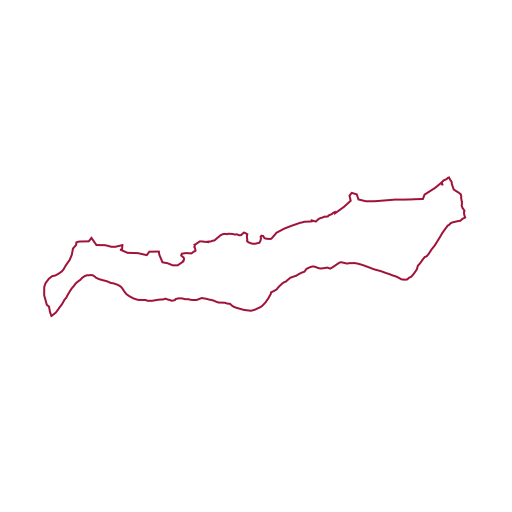 Ayat, Al Jizah, Egypt, rotated 71°
{"feature_id": "37247803B7250727301439", "entity_name": "Ayat", "entity_type": "district", "adm_level": 2, "iso_a3": "EGY", "parent_name": "Egypt", "parent_adm1": "Al Jizah", "projection": "albers", "projection_center": [31.24, 29.564], "detail": "fine", "context": "isolated", "style": "outline", "palette": "rose", "viewbox_px": 512, "rotation_deg": 71, "n_neighbors": 0, "source": "geoboundaries", "source_scale": "gbopen_adm2", "svg_char_len": 5635}
<svg xmlns="http://www.w3.org/2000/svg" viewBox="0 0 512 512"><g transform="rotate(71 256 256)"><path d="M246.1,469.0L245.9,468.2L245.4,466.7L244.2,463.5L243.0,461.8L242.3,460.7L241.7,459.9L240.7,458.6L238.7,455.5L238.3,455.0L235.4,451.7L235.1,451.5L233.6,448.9L231.7,447.0L228.0,442.6L227.8,442.2L226.7,440.9L225.7,439.1L224.9,437.8L224.8,437.6L223.2,435.4L222.2,432.8L221.4,430.0L219.9,427.1L219.8,426.7L219.2,424.2L219.2,421.9L219.8,420.5L220.1,418.8L221.0,416.7L222.4,415.6L222.8,415.3L223.4,414.9L224.1,414.6L226.3,412.5L228.5,409.5L230.7,406.1L232.1,404.3L234.1,402.2L235.5,399.6L237.7,396.8L238.6,395.7L241.3,393.6L244.4,392.6L245.5,392.4L247.3,391.9L250.1,390.8L252.4,389.1L252.7,388.9L256.2,385.7L256.9,384.8L258.0,383.3L258.7,382.3L259.2,381.6L259.9,379.7L260.8,377.1L261.5,375.2L261.6,374.9L263.1,373.0L263.3,372.5L264.6,368.5L264.6,368.4L265.0,365.9L265.4,363.4L266.0,360.7L266.9,357.8L266.8,355.7L268.2,353.9L269.4,352.1L270.9,350.2L271.2,348.3L271.2,347.8L271.2,346.9L270.5,345.8L270.9,342.8L271.0,342.3L272.3,339.2L273.8,337.1L274.0,336.5L274.8,334.1L276.4,331.6L276.9,330.4L277.7,328.2L278.2,326.8L278.2,326.3L278.2,325.1L278.1,322.8L278.1,320.9L279.3,318.8L280.1,317.2L280.4,316.8L282.2,314.1L282.4,313.7L284.0,311.0L286.3,308.5L287.8,306.6L289.0,303.4L290.1,300.6L291.0,299.5L291.7,298.5L292.8,296.1L294.6,295.2L297.0,293.4L297.4,292.8L298.7,291.3L300.5,288.6L303.1,284.9L303.6,283.9L303.8,283.4L304.6,281.8L306.1,278.7L306.3,276.6L306.4,275.1L306.4,274.5L305.8,268.9L305.8,268.4L305.1,266.2L303.5,263.1L302.9,262.0L301.3,259.9L300.3,258.4L298.2,256.1L296.7,254.4L295.3,253.6L295.1,251.8L294.7,249.2L294.4,247.5L293.7,246.4L292.9,245.2L291.3,241.9L290.4,239.7L290.0,238.0L289.9,237.6L289.9,236.0L289.1,234.3L288.8,233.4L287.8,230.8L287.7,230.6L287.7,228.2L287.7,227.3L287.7,225.5L287.8,224.4L287.7,224.2L287.0,221.2L286.6,217.7L286.6,215.3L284.6,212.5L284.6,212.2L284.2,208.9L284.2,207.1L284.4,205.4L285.6,203.5L287.4,201.3L287.8,200.8L288.0,200.5L288.8,199.2L289.4,196.8L289.8,194.4L290.2,192.3L291.9,190.2L292.0,189.9L292.0,189.3L291.9,188.9L291.9,188.6L290.8,184.3L289.4,179.2L289.7,177.3L290.1,176.7L291.4,174.6L292.4,173.1L292.7,172.5L293.0,171.2L293.2,169.9L293.4,169.3L294.9,164.8L296.4,162.2L298.6,159.0L300.6,156.4L301.1,155.9L302.1,154.6L304.0,152.3L306.3,149.6L306.5,149.3L307.4,148.2L309.2,145.5L309.7,144.8L310.5,143.5L312.3,141.2L313.2,140.2L313.5,139.7L313.9,139.3L314.6,138.4L316.6,135.7L318.5,133.6L318.7,133.3L321.4,129.7L321.7,129.4L322.2,129.0L323.6,127.7L324.8,126.6L325.5,126.0L325.6,125.8L327.0,122.6L327.3,120.9L327.4,120.7L326.4,118.4L326.2,116.2L325.6,115.0L324.6,113.3L323.9,112.2L323.4,111.6L322.6,110.4L322.3,110.0L321.9,109.5L320.9,108.2L320.0,107.6L319.3,107.1L318.6,106.6L317.9,106.2L316.6,103.7L316.4,103.4L314.1,100.1L313.8,99.8L311.9,96.8L311.9,94.9L311.0,93.3L310.1,91.8L309.4,91.0L306.9,87.8L304.2,83.5L298.4,76.4L294.5,71.8L294.4,71.6L293.8,70.8L292.7,69.2L292.1,68.4L290.7,66.3L290.3,65.7L289.7,64.9L289.4,63.4L289.3,62.9L288.4,61.6L288.2,59.3L288.7,54.1L289.2,51.3L288.8,50.4L288.8,50.2L288.6,49.9L288.1,48.7L287.9,47.4L287.7,45.7L284.7,45.7L282.1,45.0L281.3,44.2L279.7,44.5L279.0,44.7L278.0,45.1L276.6,45.1L275.4,45.2L273.8,44.3L272.4,43.9L271.7,43.5L271.2,43.7L270.1,43.5L269.2,43.3L267.6,43.1L266.5,42.5L264.3,42.3L262.0,43.8L259.7,45.7L257.5,47.4L256.5,47.4L255.9,47.4L253.6,47.4L252.7,47.4L251.6,47.4L249.8,46.9L248.1,47.3L247.6,47.5L246.3,47.7L245.1,47.9L244.6,47.9L244.6,49.2L245.4,50.9L245.5,52.1L245.6,53.8L246.8,56.5L250.0,56.5L247.1,57.0L249.9,64.5L252.5,75.2L252.8,76.6L256.4,79.6L254.1,87.1L252.8,91.6L250.4,99.1L248.0,105.9L243.1,125.1L241.9,128.8L240.1,134.1L235.9,140.7L230.5,140.7L227.5,144.9L229.3,147.9L234.6,148.5L236.4,152.7L238.2,156.9L240.9,165.9L241.3,167.2L240.7,167.0L240.1,167.0L240.3,168.8L241.0,170.5L241.2,172.3L241.3,174.1L242.0,175.2L241.6,177.0L241.1,178.3L241.3,180.6L241.1,182.7L241.5,185.1L242.9,188.2L240.5,191.7L241.4,192.0L240.5,195.4L239.3,199.3L239.3,201.4L239.0,203.2L239.0,205.3L239.0,212.7L239.3,220.2L240.7,229.2L241.9,231.0L244.6,235.8L244.6,236.7L243.7,239.1L242.5,241.5L241.3,242.4L239.5,242.7L238.6,244.2L239.2,245.3L241.3,245.7L243.1,246.9L244.6,248.5L244.4,250.1L244.1,253.1L243.1,255.6L242.1,256.9L240.5,258.8L238.8,259.6L238.1,259.0L235.7,258.6L234.5,258.2L233.3,257.7L232.6,257.1L231.0,258.5L229.9,259.8L230.6,261.5L231.4,263.2L231.0,265.0L229.3,267.0L228.9,268.8L227.4,271.3L226.4,273.8L225.9,275.0L226.0,276.2L225.0,278.1L224.6,279.9L224.7,281.7L224.8,282.3L224.8,282.8L225.6,284.6L226.4,286.9L227.1,288.6L227.8,290.3L227.4,292.2L227.6,293.9L226.8,296.5L227.3,296.7L224.5,302.7L224.2,303.6L223.9,304.5L224.5,306.6L225.3,309.6L225.3,310.5L226.2,310.5L226.8,310.8L227.4,311.4L228.6,311.1L231.0,311.4L231.5,311.7L231.6,313.3L232.5,316.2L231.5,318.7L230.5,321.1L230.1,323.0L229.7,325.4L231.0,326.5L231.6,326.4L232.7,325.7L233.8,325.0L235.0,324.9L236.2,325.4L236.9,326.5L237.5,326.5L239.3,333.1L237.7,337.8L234.0,342.0L232.7,344.4L231.5,346.5L223.2,347.0L221.6,346.7L220.2,346.4L217.2,355.4L219.6,359.0L218.1,361.5L214.8,366.8L211.2,376.4L207.6,380.3L205.7,382.4L206.3,380.6L202.2,378.8L201.5,386.0L200.3,389.6L196.7,395.0L193.7,403.3L185.3,405.7L187.7,409.3L185.1,417.4L184.7,418.9L184.6,421.3L187.0,422.5L189.4,426.7L190.0,427.0L194.8,429.7L199.0,433.4L202.9,438.8L205.6,441.9L205.9,442.2L207.3,444.5L207.5,445.1L208.4,448.2L208.5,448.6L209.1,452.1L208.7,455.2L209.4,457.4L210.1,459.3L213.0,463.6L213.6,464.2L216.2,466.2L216.9,466.5L221.7,468.2L223.9,469.0L224.0,469.0L224.6,469.1L228.3,469.3L234.0,469.7L236.5,468.2L239.8,468.7L241.8,469.0L246.1,469.0L246.1,469.0Z" fill="none" stroke="#9f1239" stroke-width="2"/></g></svg>